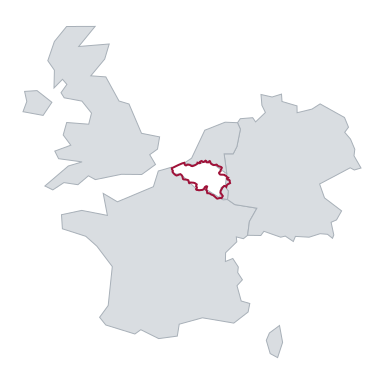 Belgium and the surrounding countries
{"feature_id": "BEL", "entity_name": "Belgium", "entity_type": "country or territory", "adm_level": 0, "iso_a3": "BEL", "parent_name": "Europe", "parent_adm1": "", "projection": "robinson", "projection_center": [4.727, 50.501], "detail": "fine", "context": "with_neighbors", "style": "outline", "palette": "rose", "viewbox_px": 384, "rotation_deg": 0, "n_neighbors": 5, "source": "natural_earth", "source_scale": "50m", "svg_char_len": 4397}
<svg xmlns="http://www.w3.org/2000/svg" viewBox="0 0 384 384"><path d="M227.5,199.5L234.8,204.6L256.9,208.2L249.4,221.5L247.6,235.3L243.4,238.7L236.3,236.9L236.8,241.8L225.6,252.7L225.4,261.5L232.8,258.5L238.3,267.0L237.7,272.5L242.4,279.8L237.0,285.7L241.2,301.0L249.8,303.5L248.1,312.0L233.8,323.1L202.4,317.8L179.2,324.2L177.3,336.1L158.7,338.6L140.8,329.7L134.9,334.0L105.8,325.0L99.6,317.3L108.2,305.5L112.3,266.6L96.9,246.2L85.8,236.3L62.4,228.8L61.5,214.7L81.7,210.4L107.4,215.4L103.2,193.4L117.4,201.8L153.4,186.7L158.3,171.0L171.6,167.2L173.7,173.9L180.8,174.2L198.4,190.9L206.2,189.4L223.1,199.9L227.5,199.5ZM269.4,333.0L279.5,325.5L282.6,342.4L277.6,357.6L270.2,353.6L266.3,340.3L269.4,333.0Z" fill="#d9dde1" stroke="#a8b0b8" stroke-width="1"/><path d="M344.5,117.5L348.5,127.2L344.7,132.3L350.5,139.1L354.8,149.3L354.0,155.8L361.0,168.0L354.3,170.0L350.2,167.8L319.6,184.0L324.5,197.9L341.6,210.9L336.5,219.9L331.1,222.3L333.8,235.0L332.5,238.3L327.5,234.3L320.1,233.7L309.1,237.2L295.4,236.4L293.3,241.5L285.3,236.1L280.7,237.2L263.9,231.3L260.8,235.5L247.6,235.3L249.4,221.5L256.9,208.2L234.8,204.6L227.5,199.5L228.3,191.0L225.2,186.6L226.8,173.8L224.1,153.8L233.2,153.8L236.9,146.6L240.4,129.2L237.5,122.7L240.3,118.7L252.7,117.7L255.6,121.9L265.4,112.5L261.9,105.3L261.0,94.5L272.1,97.0L281.5,94.1L282.0,101.5L297.0,105.9L297.1,112.7L312.0,109.1L320.1,103.9L344.5,117.5Z" fill="#d9dde1" stroke="#a8b0b8" stroke-width="1"/><path d="M225.2,186.6L228.3,191.0L227.5,199.5L219.6,198.2L221.2,187.4L225.2,186.6Z" fill="#d9dde1" stroke="#a8b0b8" stroke-width="1"/><path d="M237.5,122.7L240.4,129.2L236.9,146.6L233.2,153.8L224.1,153.8L226.8,173.8L208.8,161.0L194.8,164.9L183.8,163.4L191.6,158.2L204.8,130.2L225.1,122.2L237.5,122.7Z" fill="#d9dde1" stroke="#a8b0b8" stroke-width="1"/><path d="M43.1,115.4L23.0,111.7L26.8,101.5L24.6,91.4L37.0,90.6L51.9,102.3L43.1,115.4ZM88.7,124.2L91.5,113.1L81.9,101.1L64.2,97.8L61.0,92.7L66.9,84.4L62.5,79.3L54.0,88.0L54.4,70.2L47.8,60.7L54.4,41.5L66.6,26.5L95.1,26.4L78.7,46.5L109.2,44.0L104.7,59.1L90.8,75.8L105.8,76.9L119.0,101.0L129.0,104.0L141.5,133.3L159.6,136.9L157.5,149.1L149.7,154.7L155.5,164.5L141.7,174.5L121.4,174.3L95.3,179.6L88.4,175.8L77.9,184.7L63.9,182.6L52.8,189.9L44.9,186.0L68.3,166.0L82.1,161.9L58.6,158.7L54.8,151.1L70.8,145.2L63.2,135.0L66.7,122.5L88.7,124.2Z" fill="#d9dde1" stroke="#a8b0b8" stroke-width="1"/><path d="M197.5,162.7L198.7,163.1L199.8,163.2L200.2,163.0L199.9,161.9L200.8,161.3L201.7,161.0L202.2,161.5L203.0,162.0L203.7,162.0L205.5,160.7L206.0,160.9L206.4,161.4L206.5,161.8L206.5,162.2L206.9,162.3L208.4,162.3L209.1,161.5L209.7,161.1L210.1,161.4L210.3,162.3L210.7,163.4L212.5,164.7L213.9,165.1L215.7,164.8L216.5,164.6L216.9,164.8L217.4,165.5L218.5,166.2L220.6,166.8L221.3,167.1L221.8,167.6L221.6,168.4L220.6,170.2L220.5,170.8L220.6,171.0L220.4,171.3L219.1,172.6L219.0,173.0L219.4,173.7L219.8,174.3L220.6,174.6L221.4,174.7L222.8,174.7L224.4,174.8L224.5,175.1L226.3,176.1L226.8,176.9L228.1,177.7L227.0,178.7L227.2,179.1L227.6,179.6L229.0,179.8L229.7,180.5L229.7,181.5L230.1,183.1L227.2,184.6L226.4,186.4L226.3,186.8L226.2,186.7L225.9,186.1L225.4,186.1L224.2,185.9L222.5,187.5L221.8,188.8L221.3,189.8L220.7,190.6L220.5,191.5L220.6,191.9L220.4,192.3L220.4,192.8L221.3,193.8L221.6,194.3L222.8,196.0L222.4,196.6L222.1,197.3L221.8,197.8L221.4,198.1L220.2,198.0L218.6,198.3L217.6,198.6L217.1,198.6L216.0,197.7L214.7,196.5L213.9,195.9L213.6,195.3L212.6,195.1L211.2,194.5L210.2,193.8L209.4,193.4L208.2,193.2L207.3,193.2L207.0,192.1L206.9,190.7L206.1,189.9L207.1,186.5L206.5,186.2L205.8,186.4L204.8,187.2L204.3,188.2L204.0,189.0L202.3,189.9L199.6,190.2L196.7,189.9L196.3,189.6L196.1,189.4L196.1,189.1L196.3,188.6L196.8,188.1L196.9,187.3L196.4,186.6L196.1,186.3L196.2,185.7L196.6,184.9L196.7,184.4L194.7,183.0L193.3,182.7L191.9,182.6L190.8,182.5L190.2,182.5L189.8,183.0L189.3,183.2L189.0,182.9L188.4,180.4L187.9,180.0L186.1,179.6L183.6,179.4L183.0,179.0L182.7,177.8L182.4,176.4L181.6,175.1L181.2,174.8L180.5,174.2L179.2,174.5L177.7,175.2L176.8,175.4L176.4,175.5L175.2,174.8L173.9,173.6L172.8,172.4L172.5,171.7L172.9,170.9L172.5,170.2L171.9,169.1L171.8,168.2L178.4,165.0L182.4,163.3L184.3,162.8L184.7,164.5L185.1,165.0L185.5,165.3L186.1,165.4L186.8,165.0L187.8,164.6L189.3,164.8L190.4,165.2L190.8,165.6L191.5,166.0L192.6,166.1L194.7,165.3L196.7,164.2L197.3,163.4L197.5,162.7Z" fill="none" stroke="#9f1239" stroke-width="2"/></svg>